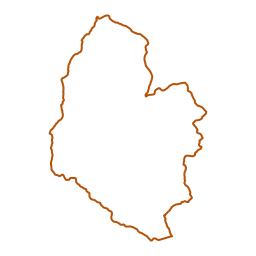 outline of Antonio Raymondi, Áncash, Peru, rotated 180°
{"feature_id": "86281439B42747407392018", "entity_name": "Antonio Raymondi", "entity_type": "district", "adm_level": 2, "iso_a3": "PER", "parent_name": "Peru", "parent_adm1": "Áncash", "projection": "mercator", "projection_center": [-77.041, -9.136], "detail": "fine", "context": "isolated", "style": "outline", "palette": "amber", "viewbox_px": 256, "rotation_deg": 180, "n_neighbors": 0, "source": "geoboundaries", "source_scale": "gbopen_adm2", "svg_char_len": 5794}
<svg xmlns="http://www.w3.org/2000/svg" viewBox="0 0 256 256"><g transform="rotate(180 128 128)"><path d="M204.2,85.7L203.5,85.1L202.3,83.6L201.1,81.7L200.4,81.2L198.3,80.8L196.7,79.9L196.3,79.9L195.2,80.4L194.3,81.2L193.7,81.2L192.9,81.1L192.3,80.2L191.7,78.9L190.4,76.6L189.7,76.1L188.0,76.1L187.0,76.3L186.5,76.7L185.9,77.7L185.3,78.0L184.6,78.1L181.6,78.0L180.5,77.8L180.3,77.7L180.2,77.4L180.2,76.7L179.8,75.8L179.9,75.3L179.9,74.2L179.2,73.0L177.8,71.7L176.6,71.3L176.1,70.1L175.6,69.6L173.6,68.7L172.7,67.9L171.6,67.4L169.9,66.8L169.5,65.1L169.3,64.7L167.8,63.6L167.2,63.4L166.7,62.9L166.5,62.2L166.6,59.6L166.0,58.3L165.2,57.1L164.1,56.6L161.7,56.0L160.9,55.6L159.1,54.2L158.2,53.7L156.2,53.3L155.7,53.0L155.5,52.5L155.4,51.8L155.1,51.2L153.6,49.8L152.7,48.7L152.1,48.4L148.9,47.5L148.3,47.0L147.6,45.8L147.1,45.5L145.0,44.6L144.5,44.0L144.0,43.0L144.1,41.6L144.6,39.5L144.7,37.6L144.5,37.0L143.8,35.8L142.9,34.8L141.9,34.3L139.9,34.0L138.9,33.7L137.3,32.8L135.3,31.3L134.3,31.2L132.7,31.5L131.8,31.3L131.1,30.2L130.6,29.7L130.3,29.5L127.8,29.4L125.6,29.6L122.5,28.6L121.0,27.7L119.5,27.0L118.9,26.6L118.1,25.1L116.7,23.8L115.9,23.4L114.6,23.0L113.8,22.6L111.2,20.9L109.5,20.1L108.4,19.0L107.9,18.4L105.8,16.1L104.9,15.4L104.4,15.4L104.2,15.5L102.5,17.4L101.7,17.6L101.3,17.7L100.8,17.6L98.7,16.4L97.4,16.0L97.1,16.0L84.1,19.8L85.2,21.5L86.0,23.5L87.0,27.5L87.8,28.1L88.5,29.1L89.1,30.4L89.4,31.8L90.3,33.6L90.5,34.8L90.9,36.0L90.5,36.7L90.4,37.0L90.9,38.4L91.7,39.5L91.9,40.5L91.5,41.0L90.9,40.9L90.7,41.1L89.7,42.4L88.2,43.8L87.9,44.3L86.5,45.5L85.7,46.5L84.4,48.8L82.1,50.5L80.1,51.4L77.3,52.0L75.2,52.3L74.6,53.1L74.5,53.7L74.1,54.0L72.7,54.1L71.4,54.8L70.3,54.6L69.2,54.1L68.1,54.0L67.6,54.1L67.4,54.3L67.5,54.7L67.4,55.0L67.0,55.5L64.2,57.9L64.3,58.8L64.7,59.8L66.0,61.4L66.1,62.0L65.6,63.5L65.7,63.9L66.7,66.6L68.0,68.9L68.7,69.6L70.2,70.6L70.8,71.4L71.6,72.8L71.4,73.9L71.1,75.0L71.1,76.2L71.5,77.3L71.2,78.7L71.6,80.9L71.6,82.0L71.5,83.0L71.2,84.2L70.3,86.2L70.1,88.4L70.6,90.0L70.9,90.6L71.9,91.0L72.3,91.3L72.5,91.9L71.9,95.2L71.8,97.3L71.1,99.0L70.4,99.9L69.7,100.2L68.7,100.4L67.5,100.3L66.0,100.0L63.7,99.7L62.7,99.8L61.8,100.3L61.0,101.2L61.0,102.7L60.7,103.3L59.0,104.4L58.8,105.1L58.3,105.7L57.2,106.3L55.3,107.2L54.5,109.1L54.6,109.3L55.3,109.3L56.1,109.8L56.8,110.5L57.0,111.1L57.0,111.8L56.3,113.5L56.5,115.5L55.7,115.8L54.8,116.8L53.8,117.4L53.3,118.0L53.4,118.3L53.9,119.1L54.5,120.6L55.4,121.9L56.4,122.4L57.6,122.7L58.4,123.2L58.9,123.8L59.1,124.3L58.5,125.8L58.6,126.4L60.4,129.1L61.3,130.0L62.0,131.1L62.7,131.8L62.9,132.4L62.8,132.9L60.5,135.4L60.0,135.6L59.1,135.6L56.1,136.3L55.0,136.9L54.4,137.4L53.8,138.1L53.7,139.3L52.2,140.4L50.4,142.0L50.2,142.5L49.7,144.2L51.6,146.2L53.4,148.3L54.3,148.9L55.2,149.3L56.4,149.9L57.9,150.2L58.7,150.8L60.8,152.9L61.1,153.7L61.2,155.4L62.3,157.3L64.1,161.0L64.3,162.1L64.7,163.0L66.1,164.3L67.7,164.9L68.1,165.8L68.2,168.5L68.5,170.5L70.1,172.5L71.0,173.3L72.4,173.2L73.8,173.0L77.4,172.2L79.1,171.7L80.2,171.7L81.6,172.1L83.4,171.7L85.2,170.9L86.7,169.9L88.4,168.1L89.4,167.3L90.2,166.8L90.9,166.3L92.4,165.5L93.7,165.6L94.4,165.9L96.5,167.8L97.6,167.6L99.0,166.9L100.4,165.9L101.0,164.8L101.5,162.3L102.2,161.7L103.2,161.4L108.0,161.0L109.2,159.9L109.7,159.6L110.1,159.6L110.5,160.6L110.4,161.2L110.0,161.9L108.2,163.9L107.5,166.3L106.9,169.2L105.5,172.6L105.2,174.0L104.6,175.1L103.8,178.9L103.7,179.4L103.9,180.2L105.0,183.1L106.3,185.4L108.2,187.6L110.1,190.2L110.9,193.8L111.3,194.9L111.6,197.3L111.2,199.7L110.7,201.0L110.1,201.8L109.8,202.6L109.3,203.1L109.1,203.8L109.8,205.4L110.1,206.5L110.2,207.5L110.5,208.7L110.2,209.7L109.9,210.2L108.3,211.5L107.9,212.3L107.7,212.8L108.7,215.7L109.8,217.0L110.5,217.5L112.3,219.3L113.6,220.1L114.7,221.2L115.9,221.8L117.4,222.0L119.1,222.3L119.7,222.5L120.1,223.1L120.6,223.0L121.2,223.2L122.9,224.0L124.3,224.9L124.6,225.3L125.3,226.7L125.6,227.0L128.7,229.1L130.1,230.0L133.0,230.7L135.3,232.0L136.7,232.3L137.7,233.0L139.0,233.4L140.4,233.4L141.8,234.3L143.4,234.9L144.2,235.7L146.0,237.1L146.5,238.4L146.8,239.7L147.6,240.4L148.9,240.6L150.5,240.2L152.6,239.3L154.8,237.9L156.4,237.4L156.9,237.4L157.4,237.6L157.9,238.3L158.2,239.0L158.7,239.2L159.1,238.8L159.5,238.0L159.7,237.4L159.7,237.0L159.3,236.5L159.3,235.6L159.4,235.4L160.1,234.6L160.9,233.2L161.3,231.6L161.5,230.1L163.1,228.5L164.0,227.8L164.4,227.0L164.7,225.7L165.9,224.6L166.2,223.9L166.5,223.0L167.3,221.8L167.7,221.7L169.2,221.8L169.5,221.7L170.5,220.7L171.5,219.9L172.4,218.1L173.4,217.3L174.3,215.7L174.2,215.4L173.6,214.7L173.5,213.9L173.9,212.8L174.3,210.1L174.2,208.4L174.4,206.4L175.0,204.7L175.5,204.1L176.9,203.5L178.2,202.4L180.5,201.8L180.9,201.6L181.8,200.9L182.8,199.9L183.6,198.8L185.2,196.1L185.7,195.2L186.2,193.3L187.1,191.7L187.6,190.2L187.5,188.6L187.8,187.7L187.9,185.6L187.5,185.2L187.5,184.9L188.1,183.3L188.2,181.5L188.5,181.0L190.5,179.3L191.9,178.5L193.2,178.0L193.6,177.7L194.4,176.7L194.4,175.4L193.6,173.4L192.6,169.6L192.5,167.8L192.7,163.5L192.5,162.4L192.9,158.3L192.8,157.7L192.4,156.8L192.1,155.9L192.3,155.3L193.0,154.6L193.3,154.0L193.4,152.3L193.8,151.8L194.6,151.3L194.9,150.9L194.9,150.4L194.4,148.5L194.3,147.1L194.1,146.1L193.6,145.1L193.7,143.8L193.1,141.7L193.3,139.8L193.6,138.7L194.7,136.9L195.2,136.4L197.4,135.1L198.6,133.5L200.3,131.7L200.8,130.6L201.9,129.4L202.5,128.3L204.0,126.6L205.0,125.9L205.6,125.1L205.7,124.2L206.3,123.0L206.3,122.6L205.9,122.2L205.4,121.8L204.6,121.6L204.2,121.2L203.9,120.4L203.8,119.6L203.5,118.6L203.5,117.8L204.0,116.8L204.1,115.9L204.0,115.0L203.6,113.7L203.6,112.7L204.2,111.7L204.5,109.6L205.0,108.4L205.1,107.6L204.2,106.0L204.1,105.4L204.1,103.8L203.4,101.0L203.5,99.9L203.9,98.5L204.1,96.5L204.9,94.4L205.0,93.4L205.0,90.8L204.7,90.0L204.4,86.2L204.2,85.7Z" fill="none" stroke="#b45309" stroke-width="2"/></g></svg>